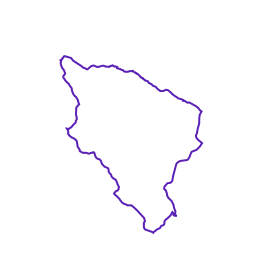 the district of Rona De Sus, Maramures, Romania, rotated 43°
{"feature_id": "2599482B84873154480741", "entity_name": "Rona De Sus", "entity_type": "district", "adm_level": 2, "iso_a3": "ROU", "parent_name": "Romania", "parent_adm1": "Maramures", "projection": "robinson", "projection_center": [24.07, 47.888], "detail": "fine", "context": "isolated", "style": "outline", "palette": "violet", "viewbox_px": 256, "rotation_deg": 43, "n_neighbors": 0, "source": "geoboundaries", "source_scale": "gbopen_adm2", "svg_char_len": 5785}
<svg xmlns="http://www.w3.org/2000/svg" viewBox="0 0 256 256"><g transform="rotate(43 128 128)"><path d="M217.9,187.4L217.7,186.8L217.7,186.7L218.0,185.4L218.1,184.7L218.2,183.6L218.6,181.9L218.9,181.1L219.2,180.4L219.5,179.7L219.5,178.6L219.1,177.3L219.2,176.9L219.4,176.3L219.9,175.4L220.1,174.9L220.2,174.1L219.9,173.2L219.7,172.9L219.1,172.5L218.7,172.0L218.2,170.6L218.1,170.0L218.1,169.0L218.2,168.3L218.4,167.7L218.5,167.2L218.5,166.5L218.5,165.7L218.6,164.7L218.7,164.1L218.7,163.4L218.6,162.4L218.2,160.6L218.1,160.0L217.7,159.4L217.7,159.2L217.8,159.2L218.1,159.2L219.8,159.5L220.0,159.6L220.3,160.0L220.5,160.5L220.9,160.7L221.4,160.6L222.4,159.9L223.3,159.5L223.7,159.2L223.1,159.3L221.9,159.1L221.0,158.8L220.6,158.5L220.5,158.3L220.2,157.4L219.5,156.7L218.7,156.2L217.5,155.7L216.6,155.2L215.7,154.7L214.6,153.8L213.7,153.2L212.5,152.8L211.8,152.4L210.8,152.0L210.0,151.8L208.5,151.6L205.3,151.6L204.3,151.2L203.5,151.1L202.4,150.5L202.2,150.3L202.0,150.0L201.6,149.6L200.8,149.2L199.6,148.7L199.4,148.5L198.7,148.0L197.8,147.9L196.0,147.9L194.9,146.5L194.6,145.1L194.5,141.8L194.8,141.1L196.4,139.1L196.5,137.2L196.2,136.1L193.9,132.6L188.1,121.8L187.7,120.0L188.4,117.0L189.3,115.7L193.0,111.2L193.3,110.1L192.9,107.6L190.9,102.8L190.8,101.9L193.0,97.4L193.2,92.8L192.5,88.5L187.9,88.8L186.1,88.7L184.6,88.4L183.8,88.0L183.3,87.6L182.7,87.0L182.6,86.7L182.3,85.6L181.9,84.6L179.6,81.2L177.0,76.2L176.7,75.8L175.8,74.8L174.7,73.7L172.9,71.5L172.0,70.2L171.4,69.3L171.1,68.2L170.8,66.9L170.5,65.7L169.7,65.9L169.0,66.0L167.2,65.7L166.1,65.5L165.3,65.5L164.4,65.5L162.3,65.8L160.1,66.4L158.2,66.8L155.5,67.5L154.3,68.9L153.8,69.0L152.4,69.2L151.9,69.3L151.2,69.5L150.2,70.2L149.8,70.5L149.4,69.8L147.0,70.7L146.2,71.2L144.3,72.1L142.4,72.2L140.9,72.6L138.4,72.9L137.7,72.9L136.8,73.1L135.9,72.8L135.4,72.8L134.4,73.0L133.3,73.0L132.3,72.9L131.3,73.2L130.6,73.5L129.6,74.3L129.4,74.7L129.2,75.6L128.7,76.6L128.2,77.2L127.0,78.4L126.3,79.0L125.3,78.9L123.4,79.3L122.4,79.3L120.7,79.0L120.1,79.0L117.8,80.0L116.0,80.0L115.5,79.9L115.1,79.9L114.7,80.2L114.3,80.4L113.1,80.6L112.7,80.8L112.2,80.9L111.7,80.6L111.2,80.4L110.4,80.3L109.6,80.8L108.5,81.2L108.3,81.5L108.1,81.6L107.7,81.4L107.2,81.4L106.2,81.8L105.6,81.8L105.5,81.5L105.3,81.4L104.9,81.4L104.5,81.7L103.9,82.0L103.4,81.9L103.0,81.9L102.9,82.2L102.5,82.2L102.2,82.0L100.9,82.0L100.4,82.0L99.2,81.8L98.8,81.8L98.2,82.1L97.5,82.1L97.2,82.5L96.8,82.5L96.4,82.2L96.2,82.3L96.0,82.5L95.5,82.6L95.2,82.5L94.7,82.9L93.4,83.1L93.0,82.9L92.6,82.8L92.3,83.1L92.2,83.6L91.9,83.8L91.7,84.3L91.0,84.7L90.6,85.2L90.2,85.6L89.7,86.7L88.9,87.7L87.0,89.1L86.4,89.3L86.0,89.3L85.4,89.1L85.0,89.1L84.2,89.6L83.6,89.9L82.0,90.2L81.6,90.4L81.0,90.9L80.4,91.2L79.3,91.4L79.1,91.6L78.6,90.7L78.2,90.8L77.1,91.4L76.6,91.8L76.3,92.2L76.0,92.5L75.7,92.5L75.2,92.3L73.9,92.8L73.9,93.3L73.7,93.6L73.5,93.9L72.9,94.4L73.0,94.6L72.6,95.4L72.7,96.0L71.3,97.0L70.2,98.1L67.5,99.2L66.3,100.7L64.8,103.4L64.0,104.3L60.3,105.7L59.0,107.5L58.3,112.7L57.5,113.3L55.7,113.6L54.2,114.4L51.4,114.5L43.0,116.0L41.3,116.1L38.7,115.6L32.7,118.6L32.3,119.3L32.7,121.0L32.4,121.9L33.0,123.0L32.4,124.5L33.0,124.7L33.4,124.8L33.7,125.1L33.9,125.3L34.2,126.1L34.6,126.5L35.3,127.1L37.4,128.3L39.1,129.0L39.4,129.1L40.3,129.1L40.9,129.2L42.1,129.6L43.5,130.3L44.3,130.7L44.8,131.0L45.0,131.3L45.1,131.6L45.2,133.5L45.5,134.4L45.6,134.6L46.2,135.1L46.9,135.3L48.2,135.5L49.6,136.0L50.4,136.0L51.2,136.2L51.8,136.2L52.2,136.3L53.7,136.1L54.5,136.1L57.3,137.0L58.0,137.0L58.5,137.0L59.2,137.2L60.3,137.8L61.1,138.5L61.9,139.1L63.0,139.5L63.7,140.0L64.7,140.4L66.0,140.7L67.0,140.9L68.8,140.7L71.2,141.5L72.2,141.7L74.7,143.4L76.1,143.9L76.2,145.5L76.0,145.9L76.2,146.9L76.1,147.6L76.6,148.9L77.1,149.4L77.8,150.1L78.5,150.9L79.8,152.6L80.5,153.3L82.1,154.6L82.8,154.9L83.4,155.4L83.9,155.9L84.4,156.3L84.6,156.8L84.9,158.0L85.1,158.5L85.9,159.5L86.0,160.0L86.0,160.8L85.8,162.4L85.9,162.9L85.8,163.3L85.8,163.8L86.0,164.4L86.0,166.0L85.9,166.7L85.6,167.1L85.6,168.2L85.2,169.2L84.0,169.9L83.6,170.2L83.9,170.3L85.5,170.5L85.9,170.7L86.7,171.4L87.3,172.0L87.9,172.8L88.3,173.1L89.2,173.1L90.2,173.6L91.5,173.4L92.3,173.5L93.6,173.2L94.3,172.9L94.9,172.7L95.9,172.5L96.3,172.5L97.1,172.3L98.0,172.3L99.3,172.5L99.5,172.6L100.2,173.0L101.2,173.9L102.4,174.7L102.8,175.0L103.0,175.4L103.8,175.9L104.7,176.3L105.5,176.3L106.7,176.6L107.6,177.0L107.8,177.1L108.0,177.4L108.1,177.6L108.6,177.7L108.9,177.7L109.3,177.5L110.7,177.4L112.2,176.6L113.0,176.1L113.3,175.5L114.6,174.5L115.6,174.1L116.5,173.7L117.1,173.3L117.8,171.5L118.8,170.5L119.1,170.0L119.0,169.6L119.0,169.4L119.3,169.3L120.2,169.1L120.9,169.4L122.7,170.6L124.3,171.2L125.0,171.3L125.7,171.4L126.5,171.3L127.4,171.0L128.5,170.3L128.9,170.3L129.7,170.4L130.4,170.5L131.8,171.1L132.2,171.5L132.7,171.7L133.4,171.9L133.9,172.1L135.1,172.1L137.2,172.3L140.4,171.1L141.0,171.1L141.6,171.3L142.2,171.7L142.9,172.5L143.6,173.1L144.0,173.2L145.7,173.7L147.2,173.6L147.7,173.8L148.4,174.3L148.9,174.6L149.5,174.8L152.0,174.8L154.1,174.3L154.7,174.3L156.6,175.2L157.6,175.6L158.8,176.3L159.8,176.6L160.9,177.1L161.8,177.4L162.2,178.5L162.6,179.1L162.9,179.3L162.9,180.0L162.9,180.3L163.0,180.8L162.9,181.2L162.7,181.6L162.3,182.1L162.3,182.8L162.3,183.3L162.4,185.4L163.7,185.7L164.4,185.7L165.1,185.6L165.9,185.5L170.2,185.7L171.1,186.0L172.9,186.3L174.2,186.5L176.0,186.4L178.2,185.6L178.9,185.2L180.0,185.0L180.7,184.7L181.6,183.6L182.2,183.3L183.4,182.2L187.1,182.0L188.3,182.1L189.9,182.0L193.6,182.3L200.9,182.8L202.2,183.4L203.2,184.1L203.9,184.5L204.1,185.2L204.1,185.8L204.2,186.2L204.4,186.5L204.6,187.0L205.4,187.5L205.6,188.1L206.7,189.1L207.6,189.9L208.5,190.3L209.6,190.5L210.7,190.1L213.0,189.1L214.4,188.5L214.8,188.3L216.5,187.6L217.9,187.4Z" fill="none" stroke="#5b21b6" stroke-width="2"/></g></svg>